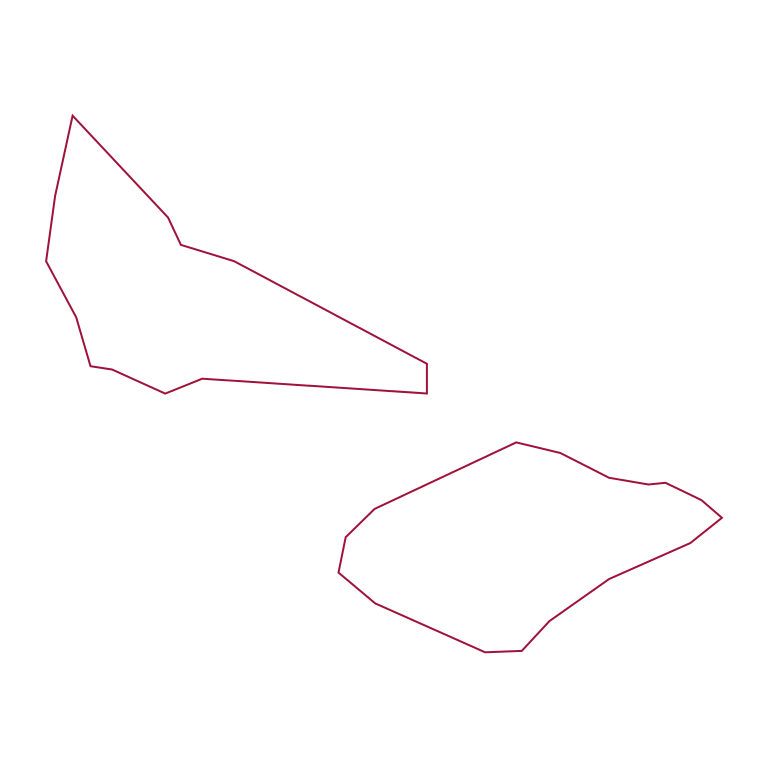 SVG path tracing the border of Alo
{"feature_id": "WLF-4997", "entity_name": "Alo", "entity_type": "state/province", "adm_level": 1, "iso_a3": "WLF", "parent_name": "Wallis and Futuna", "parent_adm1": "", "projection": "albers", "projection_center": [-178.058, -14.317], "detail": "fine", "context": "isolated", "style": "outline", "palette": "rose", "viewbox_px": 768, "rotation_deg": 0, "n_neighbors": 0, "source": "natural_earth", "source_scale": "10m", "svg_char_len": 494}
<svg xmlns="http://www.w3.org/2000/svg" viewBox="0 0 768 768"><path d="M701.4,500.1L721.9,517.8L690.4,543.0L609.1,579.0L549.4,621.1L521.8,650.9L485.1,652.3L375.2,603.4L338.5,572.6L345.7,537.2L374.6,508.9L516.2,442.4L560.3,453.0L609.1,477.8L648.5,484.5L665.5,482.8L701.4,500.1ZM72.6,115.7L168.1,217.6L180.9,244.9L234.1,261.2L426.9,363.8L426.9,393.5L202.2,378.7L165.2,393.6L112.0,369.5L90.5,366.2L76.2,317.3L46.1,261.3L55.1,196.0L72.6,115.7Z" fill="none" stroke="#9f1239" stroke-width="2"/></svg>